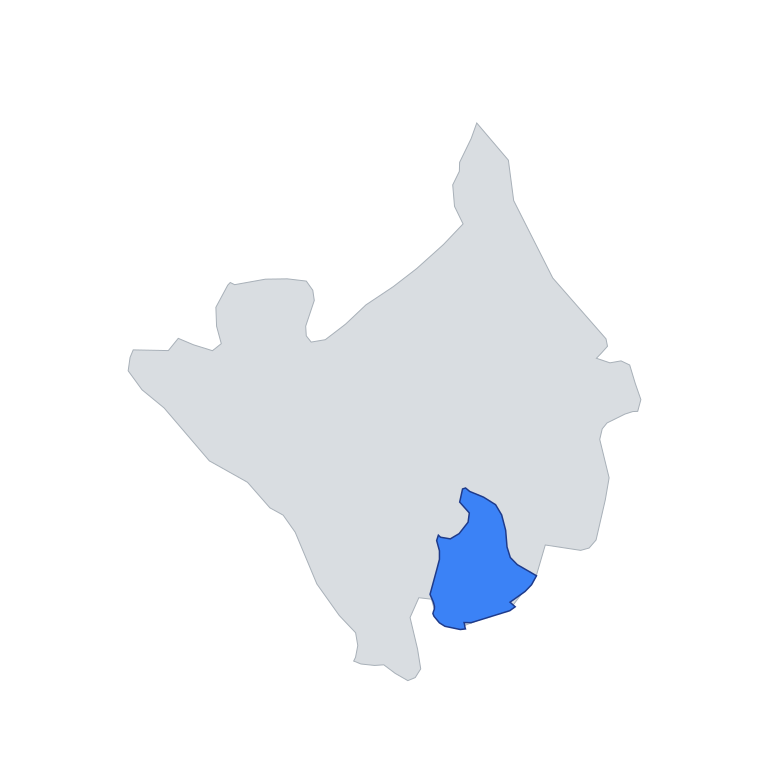 Plužine highlighted on a map of Montenegro, rotated 197°
{"feature_id": "MNE-1515", "entity_name": "Plužine", "entity_type": "Municipality", "adm_level": 1, "iso_a3": "MNE", "parent_name": "Montenegro", "parent_adm1": "", "projection": "natural_earth1", "projection_center": [18.878, 43.143], "detail": "fine", "context": "in_parent", "style": "filled", "palette": "blue", "viewbox_px": 768, "rotation_deg": 197, "n_neighbors": 0, "source": "natural_earth", "source_scale": "10m", "svg_char_len": 1889}
<svg xmlns="http://www.w3.org/2000/svg" viewBox="0 0 768 768"><g transform="rotate(197 384 384)"><path d="M332.0,110.2L331.3,114.3L332.6,126.2L338.4,137.8L359.2,149.6L389.7,173.1L425.6,216.3L442.1,229.1L456.9,232.2L485.8,250.1L505.9,254.5L528.5,259.4L587.3,296.8L613.7,307.7L632.5,321.8L634.6,335.1L633.8,343.3L600.0,352.9L594.1,367.5L577.7,365.8L557.8,365.7L551.4,375.0L561.0,390.3L567.2,408.2L562.3,432.9L560.7,436.1L555.9,435.3L528.0,449.6L507.2,456.3L488.4,459.7L479.5,452.8L475.1,443.5L475.8,416.4L472.4,407.3L465.9,402.8L453.1,409.2L438.2,430.1L424.4,454.4L403.6,479.8L386.4,504.1L367.9,534.8L355.2,560.2L368.5,574.5L376.5,594.5L374.1,609.4L376.5,618.1L372.4,644.2L371.6,660.7L330.5,634.4L313.6,597.3L253.6,534.7L184.9,492.1L181.3,485.4L185.1,477.2L188.4,470.7L174.1,470.3L164.1,475.4L154.6,474.0L143.9,458.0L133.8,444.2L133.4,432.0L138.0,430.4L144.9,425.6L159.3,412.0L162.2,404.9L161.5,394.1L141.3,360.1L138.5,337.9L135.6,296.8L139.9,287.1L147.3,282.4L182.7,277.2L182.3,245.2L184.4,235.6L191.5,222.3L196.0,210.1L215.6,192.7L242.3,172.0L253.9,171.4L264.2,174.2L275.7,192.1L288.2,189.8L290.8,168.3L274.4,140.3L265.6,122.3L268.3,112.4L274.5,107.3L288.6,110.5L302.1,115.4L310.7,112.1L324.2,109.5L332.0,110.2Z" fill="#d9dde1" stroke="#a8b0b8" stroke-width="1"/><path d="M254.9,170.1L261.2,171.8L268.2,176.4L270.1,178.7L270.2,181.0L270.0,183.4L270.7,186.1L273.0,189.8L278.4,196.2L278.5,196.5L278.7,203.3L279.3,222.5L279.7,232.5L282.2,240.7L287.9,249.7L287.8,255.3L285.1,254.0L275.3,255.3L268.4,262.9L263.2,276.4L264.7,285.6L277.1,293.2L278.2,306.6L275.6,308.4L270.6,306.3L255.7,304.9L242.0,301.2L233.2,293.2L224.9,279.7L218.7,264.1L212.5,255.0L203.7,250.2L186.8,246.3L182.1,245.2L184.2,235.2L188.4,226.9L199.7,212.2L193.4,209.3L197.4,204.0L230.8,181.3L237.7,179.3L236.9,178.0L235.4,174.9L234.5,173.6L239.3,171.5L254.9,170.1Z" fill="#3b82f6" stroke="#1e3a8a" stroke-width="1.5"/></g></svg>